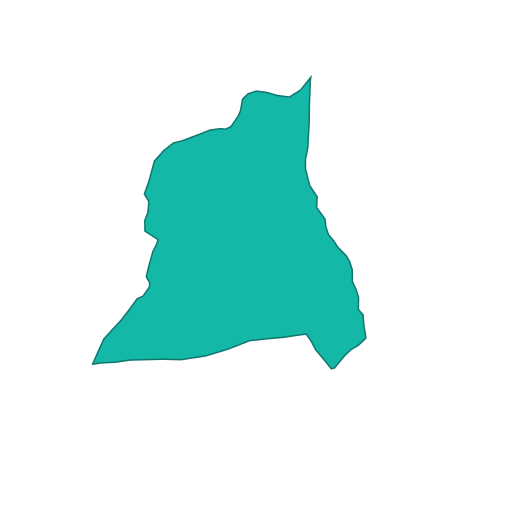 Robertsfors, Västerbotten, Sweden (Robinson projection), rotated 303°
{"feature_id": "70781695B17714148738486", "entity_name": "Robertsfors", "entity_type": "district", "adm_level": 2, "iso_a3": "SWE", "parent_name": "Sweden", "parent_adm1": "Västerbotten", "projection": "robinson", "projection_center": [20.776, 64.169], "detail": "fine", "context": "isolated", "style": "filled", "palette": "teal", "viewbox_px": 512, "rotation_deg": 303, "n_neighbors": 0, "source": "geoboundaries", "source_scale": "gbopen_adm2", "svg_char_len": 1234}
<svg xmlns="http://www.w3.org/2000/svg" viewBox="0 0 512 512"><g transform="rotate(303 256 256)"><path d="M76.3,177.9L81.8,184.1L90.0,195.5L100.0,206.9L118.2,233.3L128.3,249.7L144.7,268.1L163.0,283.5L181.3,296.6L191.9,309.5L202.9,323.5L212.1,333.9L217.9,340.6L214.5,348.8L209.7,357.5L205.3,372.1L202.4,380.5L204.8,382.8L219.8,384.5L229.5,386.7L236.7,390.4L246.7,392.9L249.2,391.1L256.6,384.2L264.9,377.9L266.9,371.0L277.2,364.5L282.6,357.9L287.0,350.8L296.9,344.2L302.3,337.5L305.4,331.4L307.9,319.9L310.7,313.6L313.5,305.0L318.6,298.6L324.5,293.9L329.7,280.4L339.0,275.0L344.4,262.5L350.7,255.7L356.1,250.0L363.9,244.9L375.2,240.4L386.9,233.6L397.2,227.7L412.9,217.8L432.9,205.9L435.7,204.6L419.5,203.0L407.4,197.4L402.1,186.1L399.1,176.2L394.6,166.6L387.8,161.0L380.3,159.3L369.0,164.0L363.0,164.9L351.0,164.5L345.7,161.4L343.4,156.7L336.6,148.9L324.6,140.3L311.8,130.8L305.8,125.2L294.5,121.3L280.3,119.1L260.0,125.6L247.2,128.6L243.4,136.4L233.7,141.6L225.4,143.3L216.4,149.3L216.4,157.1L216.4,164.9L211.9,166.2L203.6,167.1L188.5,171.8L178.8,175.3L175.7,181.3L172.0,183.5L160.7,183.1L155.4,179.6L140.4,178.8L129.1,177.9L114.1,175.3L103.6,173.6L86.3,176.2L76.3,177.9Z" fill="#14b8a6" stroke="#0f766e" stroke-width="1.5"/></g></svg>